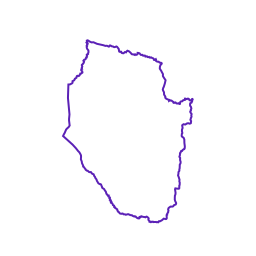 Namuno, Cabo Delgado, Mozambique (Equal Earth projection), rotated 309°
{"feature_id": "85939544B68242516881190", "entity_name": "Namuno", "entity_type": "district", "adm_level": 2, "iso_a3": "MOZ", "parent_name": "Mozambique", "parent_adm1": "Cabo Delgado", "projection": "equal_earth", "projection_center": [38.965, -13.738], "detail": "fine", "context": "isolated", "style": "outline", "palette": "violet", "viewbox_px": 256, "rotation_deg": 309, "n_neighbors": 0, "source": "geoboundaries", "source_scale": "gbopen_adm2", "svg_char_len": 5803}
<svg xmlns="http://www.w3.org/2000/svg" viewBox="0 0 256 256"><g transform="rotate(309 128 128)"><path d="M75.7,211.6L77.6,212.4L80.0,212.8L81.0,214.7L81.4,215.0L82.0,215.0L82.5,214.7L84.6,212.8L85.0,212.7L85.3,213.0L86.1,212.4L87.9,212.2L88.6,211.6L89.2,211.5L90.1,210.3L91.5,209.9L93.7,210.5L94.9,212.0L95.6,212.4L97.0,212.3L98.6,213.2L99.5,213.0L100.0,212.6L101.1,210.3L101.9,209.3L102.3,209.1L102.9,208.5L105.0,207.0L106.1,206.7L107.5,205.8L110.0,203.1L110.9,202.8L111.8,204.4L112.8,205.7L113.3,205.8L114.6,204.9L115.3,204.2L116.2,204.0L117.3,203.2L118.2,202.5L118.7,201.6L120.3,200.5L121.3,199.0L121.6,198.6L122.7,196.7L124.2,196.0L124.9,195.4L125.8,194.9L126.8,194.9L127.4,194.6L128.2,193.9L129.2,193.5L132.1,191.3L133.6,191.0L134.0,190.8L134.9,190.1L135.8,188.7L137.6,187.3L137.9,186.2L138.2,185.9L139.5,185.5L141.2,184.2L142.0,184.4L142.7,184.0L143.6,183.8L144.3,184.5L145.0,184.3L145.8,184.4L147.0,185.0L147.4,184.7L147.9,184.8L149.0,184.1L149.7,183.5L151.9,181.2L154.5,179.0L155.4,177.4L155.3,175.3L155.6,174.7L157.4,173.5L158.3,173.4L159.6,171.8L160.7,171.0L162.4,170.4L164.1,168.5L164.5,168.4L165.9,168.8L166.7,170.3L168.9,171.1L169.8,172.1L170.1,173.1L170.9,173.7L171.3,173.8L173.1,172.7L173.4,171.8L173.7,171.3L174.9,170.9L175.2,170.6L176.7,170.3L177.8,169.1L178.5,168.9L179.1,168.3L179.2,167.3L179.5,166.5L180.1,165.9L181.1,166.0L181.9,165.2L182.8,165.1L183.2,164.8L184.1,163.5L184.4,162.3L185.6,161.2L186.4,160.8L187.7,161.4L189.4,160.9L190.3,160.0L190.8,160.3L191.0,160.2L191.1,159.8L190.7,159.5L189.7,159.5L189.1,159.6L188.6,159.2L188.3,158.3L188.8,157.3L188.7,156.3L188.5,156.0L187.5,155.6L186.9,154.0L186.7,153.8L186.0,154.6L185.7,154.6L184.4,153.4L183.0,153.4L182.1,152.5L181.5,152.3L181.0,152.3L179.4,153.2L179.2,153.1L179.0,152.7L179.1,152.0L179.0,151.6L178.5,151.4L177.8,150.6L177.6,149.9L177.8,149.1L177.7,148.7L176.6,148.1L176.3,147.7L176.3,147.3L176.8,146.9L176.7,145.9L176.7,144.8L176.4,143.9L175.6,143.4L175.4,142.9L175.1,142.8L175.8,142.3L175.2,141.0L174.8,139.0L174.8,138.5L175.1,137.8L175.6,137.6L175.9,137.2L176.7,135.0L178.4,133.5L179.2,131.7L179.7,130.9L181.2,130.2L182.5,129.9L185.8,128.6L188.8,127.1L189.3,125.4L190.2,122.7L190.6,122.2L191.6,121.5L192.0,121.0L192.7,119.2L193.3,117.9L194.1,115.4L195.6,114.3L196.5,113.9L197.6,113.6L198.7,113.8L199.5,113.5L199.5,112.7L198.7,111.4L198.8,110.1L198.0,109.0L197.8,108.2L197.8,107.4L198.0,106.8L198.8,106.7L199.0,106.3L197.9,106.1L197.3,105.5L197.3,105.2L197.9,104.7L198.0,103.8L197.6,102.8L197.5,101.6L197.1,101.1L196.5,100.9L196.5,99.6L195.8,99.2L195.5,98.7L195.6,97.5L195.1,97.2L194.5,96.6L194.8,96.1L194.9,95.5L193.7,94.3L193.9,93.5L193.8,92.9L193.0,92.3L192.9,91.7L193.3,90.0L192.8,88.7L192.5,88.3L192.0,88.9L191.7,88.9L191.3,88.7L190.4,88.7L189.8,87.9L189.8,87.2L189.6,87.0L189.0,87.2L188.6,85.9L187.8,84.7L187.8,84.1L188.1,82.7L188.2,80.4L187.7,78.9L186.6,78.7L185.6,78.9L185.1,77.8L183.3,77.5L182.5,76.3L182.4,75.8L183.0,74.7L182.7,74.2L182.1,73.9L181.9,73.0L183.6,71.0L184.2,68.5L184.1,67.9L184.0,67.6L182.8,67.0L182.1,66.3L181.9,65.0L181.3,64.1L181.1,62.6L180.9,62.1L180.6,61.9L179.6,62.1L179.2,61.9L179.0,61.5L178.9,60.7L178.7,60.0L178.2,59.3L177.6,58.8L176.8,56.7L173.9,50.9L172.9,47.2L171.6,45.8L171.1,44.0L170.9,42.0L170.7,41.4L170.0,41.0L169.3,41.6L168.9,42.3L168.2,42.1L168.0,42.9L168.2,43.4L167.6,43.5L167.3,44.0L166.8,43.8L166.5,44.0L165.9,44.1L165.6,44.8L165.1,44.8L164.4,45.5L163.8,46.5L163.4,48.3L162.6,49.1L161.8,49.7L161.0,49.9L160.4,50.4L159.3,49.8L158.8,49.9L158.3,50.9L157.4,50.9L157.0,51.5L156.7,51.6L155.9,51.2L154.9,51.7L154.3,51.6L153.5,51.0L152.5,51.0L152.2,51.0L152.0,51.4L151.9,52.1L151.7,52.2L150.7,52.6L149.8,52.5L149.3,52.7L148.3,52.4L147.8,52.5L147.0,53.8L146.0,54.0L145.8,54.4L145.1,54.6L144.9,55.1L144.2,54.8L143.5,55.2L143.3,55.7L143.3,56.7L142.4,57.7L142.1,57.7L141.7,57.3L140.7,57.3L140.2,56.7L139.7,57.0L137.9,57.2L137.6,56.8L137.0,56.6L136.8,55.9L136.2,55.6L135.7,55.7L134.6,56.3L132.8,55.7L132.2,56.0L131.1,56.1L129.5,55.4L128.3,56.4L127.5,56.4L125.4,55.5L124.3,54.3L113.6,62.4L101.7,74.0L97.9,76.5L96.7,77.5L93.2,81.1L91.5,81.3L88.8,80.9L87.8,80.9L84.3,81.9L82.9,82.1L80.9,82.6L80.2,95.5L79.5,100.2L78.7,103.7L78.5,105.5L77.6,107.8L77.1,108.7L76.0,109.7L74.0,111.1L72.9,113.1L71.7,114.4L70.7,116.5L70.4,117.0L69.8,117.4L69.9,118.4L69.3,120.3L69.3,120.9L68.9,121.5L69.0,122.7L69.0,123.0L69.4,123.5L69.3,125.5L69.5,125.9L70.4,126.9L70.3,127.3L70.1,127.8L70.1,128.4L69.9,129.1L70.4,130.3L69.9,131.3L69.5,131.8L69.2,133.2L68.6,134.1L68.2,135.9L67.4,137.0L66.9,138.5L66.5,139.4L66.4,139.9L66.6,141.4L67.1,142.0L67.1,142.7L66.5,143.6L66.0,144.7L65.4,145.4L65.3,145.8L65.5,147.9L64.9,149.3L64.6,150.8L63.3,152.6L63.2,153.7L62.9,154.3L63.0,154.6L63.3,155.3L62.7,155.3L62.4,156.0L62.6,157.6L62.4,157.9L61.5,158.0L61.4,159.0L61.2,159.4L60.6,159.4L60.6,159.7L60.9,160.1L60.9,160.3L60.5,160.7L60.1,160.6L60.0,160.8L60.2,161.4L60.1,161.9L59.8,162.1L59.6,162.1L59.5,161.7L59.3,161.6L59.2,161.7L59.2,162.0L59.6,162.5L59.5,162.8L59.4,163.6L58.6,164.8L58.9,166.0L58.6,166.5L57.9,166.9L57.9,167.3L58.2,167.6L58.2,167.9L57.8,168.2L58.0,170.8L57.1,171.8L57.0,172.7L56.7,173.1L56.9,174.1L56.5,175.1L56.6,175.8L57.1,176.8L57.9,177.3L58.2,177.8L58.1,178.6L58.2,179.0L59.0,179.9L59.2,180.9L61.0,182.2L61.3,182.7L61.4,183.3L61.7,184.0L61.7,184.5L62.7,186.0L62.6,186.7L63.0,188.2L63.1,188.5L63.6,188.7L63.7,189.4L64.0,189.6L63.8,191.3L64.1,192.7L64.8,193.6L65.1,193.7L65.3,193.6L65.6,193.0L66.1,192.9L66.5,193.2L66.7,193.8L66.9,194.0L67.2,194.0L67.4,193.7L67.8,193.9L68.4,195.6L69.3,197.0L69.5,197.7L70.5,198.0L70.9,198.3L71.0,199.8L70.8,200.9L69.5,201.6L69.1,203.0L69.2,203.6L68.7,203.8L69.2,205.1L70.4,205.6L70.7,206.7L71.1,206.8L71.3,207.4L72.7,209.0L72.8,209.6L73.4,210.1L73.7,210.8L74.2,210.9L74.6,210.7L75.0,210.7L75.5,211.2L75.7,211.6Z" fill="none" stroke="#5b21b6" stroke-width="2"/></g></svg>